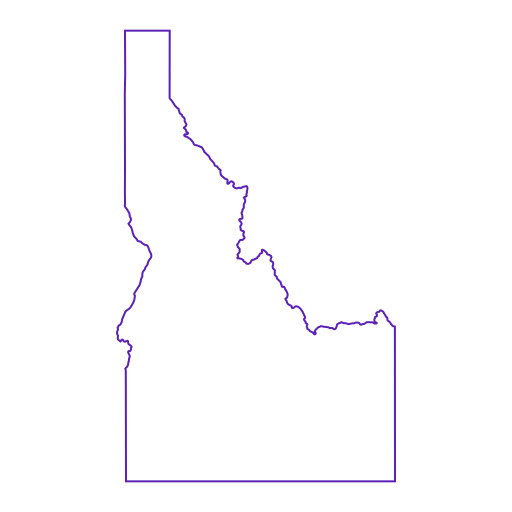 Idaho, Mercator projection
{"feature_id": "USA-3518", "entity_name": "Idaho", "entity_type": "State", "adm_level": 1, "iso_a3": "USA", "parent_name": "United States of America", "parent_adm1": "", "projection": "mercator", "projection_center": [-114.383, 45.496], "detail": "fine", "context": "isolated", "style": "outline", "palette": "violet", "viewbox_px": 512, "rotation_deg": 0, "n_neighbors": 0, "source": "natural_earth", "source_scale": "10m", "svg_char_len": 6120}
<svg xmlns="http://www.w3.org/2000/svg" viewBox="0 0 512 512"><path d="M125.0,30.7L169.7,30.7L169.6,98.0L170.2,99.1L171.2,100.0L172.5,101.7L174.7,105.3L176.9,107.7L178.4,108.7L178.8,109.7L179.7,112.9L179.9,113.3L180.2,113.7L181.8,114.7L182.4,116.3L182.6,116.6L183.9,117.5L184.5,118.4L184.7,119.3L184.6,121.0L184.8,121.5L186.0,123.5L186.4,124.8L185.8,126.1L184.1,127.5L183.9,127.7L183.9,128.0L185.7,129.6L186.1,130.3L186.3,131.8L187.9,132.7L188.1,133.1L187.8,133.8L187.2,134.1L184.7,134.4L184.2,135.0L184.2,135.3L184.3,135.6L184.6,136.0L185.3,136.4L187.1,136.9L190.5,139.2L192.3,141.3L193.1,142.4L193.9,144.2L194.5,144.8L195.2,145.1L197.4,145.5L201.5,147.2L201.9,147.4L202.7,148.7L203.8,150.6L204.3,152.0L205.4,152.8L206.5,154.1L208.2,155.5L209.5,157.3L210.1,158.8L214.2,163.4L214.6,165.2L215.1,165.7L217.0,166.4L218.8,168.8L220.6,170.1L220.6,170.4L220.4,171.9L220.5,173.1L220.8,174.5L221.2,175.4L221.9,176.1L223.2,177.0L224.9,178.6L226.9,179.4L227.4,179.8L227.6,180.7L227.3,183.1L227.7,183.7L228.1,183.8L228.8,183.5L229.8,182.3L230.8,181.5L231.4,181.3L232.1,181.5L233.2,182.4L233.9,183.4L234.0,183.9L233.9,184.3L233.2,185.4L233.1,185.8L233.3,186.4L234.1,187.2L235.2,188.0L236.4,188.4L237.7,188.2L239.1,187.7L240.1,188.1L240.8,188.1L242.7,187.0L245.8,186.2L246.5,186.2L247.1,186.6L247.4,187.5L247.4,189.1L246.8,191.3L247.0,192.3L246.9,192.7L246.5,193.6L246.3,194.3L246.7,195.5L246.6,195.8L246.3,196.3L244.2,197.3L243.9,197.8L245.2,199.7L245.2,200.9L245.1,201.7L244.0,204.0L243.8,204.7L243.7,205.5L243.8,207.1L243.7,207.9L242.6,209.6L242.4,210.3L242.3,211.4L241.5,212.9L242.2,215.1L242.5,217.3L242.5,218.0L242.1,218.6L241.8,218.7L239.7,219.1L239.4,219.4L239.3,220.0L239.6,220.8L241.3,222.7L241.6,223.4L241.5,224.4L240.4,226.1L240.2,226.8L240.4,227.7L240.7,228.4L240.8,228.8L240.6,229.6L240.8,230.0L241.2,230.4L243.8,231.4L244.0,232.2L243.3,233.9L243.3,235.0L243.5,235.6L244.4,237.2L244.5,237.7L244.3,238.3L242.9,239.6L242.3,239.9L240.4,240.0L239.7,240.5L238.1,243.5L237.2,244.5L237.2,245.3L237.6,245.9L237.9,247.1L239.4,248.6L239.7,249.1L239.7,249.5L239.5,250.2L239.7,251.1L239.5,252.2L238.7,253.2L237.6,254.3L237.5,254.6L237.6,255.0L238.1,256.3L238.0,257.0L237.4,257.8L237.4,258.1L237.6,258.3L239.1,258.4L241.7,259.0L243.2,260.1L243.4,260.5L243.6,261.2L243.9,261.5L245.9,262.7L246.3,263.4L246.6,263.7L248.1,263.9L248.6,263.8L250.5,262.7L251.3,260.7L252.0,260.0L252.6,259.8L253.7,259.8L255.0,259.0L257.1,258.0L257.7,256.8L258.9,255.9L259.8,254.0L260.3,253.6L262.1,252.8L262.1,252.2L261.9,251.1L261.9,250.4L262.0,249.9L262.5,249.7L263.9,250.3L266.7,252.6L266.9,253.2L267.0,253.9L267.3,254.2L270.1,255.4L270.9,255.8L271.2,256.3L271.5,257.0L271.5,257.3L270.9,258.5L270.7,259.3L270.5,260.5L270.7,260.9L271.1,261.2L272.5,261.8L272.9,262.3L273.1,262.7L273.2,264.2L273.1,265.0L272.7,266.0L272.6,266.7L272.9,268.1L273.1,268.5L274.3,269.6L274.9,270.4L274.7,274.0L274.8,275.0L276.8,277.0L277.0,278.4L277.2,278.7L280.3,281.8L280.7,282.6L281.0,284.0L281.6,285.1L281.8,286.5L282.4,286.9L283.9,286.8L284.3,287.0L284.6,287.5L285.0,288.9L286.4,291.0L287.4,293.4L287.7,294.8L287.2,297.1L286.7,297.9L285.6,298.5L285.4,299.0L286.6,301.1L287.5,303.5L288.5,304.5L290.6,305.5L291.6,306.2L291.8,307.6L292.0,307.9L292.5,308.0L293.7,307.8L295.2,306.5L295.8,306.3L296.6,306.3L297.6,306.6L298.8,307.2L300.7,309.0L301.5,310.3L302.5,311.5L303.0,313.0L303.7,314.0L304.1,315.2L305.0,316.9L305.1,317.8L304.1,319.0L304.0,319.6L304.2,320.1L305.4,321.5L305.6,322.1L305.6,322.8L305.8,323.2L306.9,323.8L307.2,324.2L307.4,324.5L306.7,326.6L307.2,327.7L307.3,328.7L307.5,329.0L309.0,329.8L310.2,331.3L312.8,332.4L314.1,334.1L314.4,334.3L314.8,334.3L315.5,333.9L315.7,333.6L315.7,333.2L314.8,331.6L314.8,331.2L315.1,330.6L315.4,330.0L318.3,327.2L319.6,326.9L320.6,326.2L321.5,326.2L323.0,326.6L328.5,327.3L329.5,328.0L331.6,327.9L332.5,328.1L333.7,329.1L334.6,329.1L335.3,328.9L335.9,328.3L336.7,326.2L337.0,324.7L337.4,324.2L338.1,323.6L340.3,322.9L341.2,322.2L341.6,322.2L342.3,322.5L343.3,323.1L345.6,323.2L348.5,324.1L352.8,323.3L353.5,323.4L354.3,323.2L355.4,322.7L356.1,322.5L358.0,322.6L359.2,323.1L359.5,323.4L360.2,324.4L360.8,324.7L361.2,324.7L362.5,324.1L364.2,323.9L366.5,322.3L367.1,322.2L372.0,322.3L372.6,322.4L374.8,323.6L376.5,323.4L376.7,323.2L376.6,322.7L375.0,322.0L374.7,321.6L374.5,321.2L374.3,319.8L374.5,319.1L374.9,318.1L374.9,317.4L375.3,316.9L376.5,316.4L376.9,316.0L376.9,314.9L376.2,313.5L376.4,312.9L377.4,312.1L379.3,311.7L380.3,310.4L381.3,310.5L383.3,311.8L383.8,312.9L385.6,315.8L385.9,316.6L387.2,317.6L387.3,318.1L387.4,319.6L387.7,320.5L389.5,321.8L390.1,322.5L390.9,323.9L392.2,325.5L392.9,326.1L394.9,326.6L395.0,481.3L126.0,481.3L125.8,371.4L125.7,370.1L125.3,368.7L126.0,367.7L127.0,366.9L127.5,366.0L128.1,364.6L128.2,363.1L128.8,361.1L129.1,358.5L129.7,356.9L129.7,356.2L129.4,354.9L128.2,352.7L128.2,351.7L128.6,351.1L129.8,351.1L130.3,350.8L130.7,350.2L130.9,349.5L131.0,348.0L131.6,346.9L131.4,346.3L130.5,345.4L128.7,344.3L128.5,343.9L128.2,343.1L128.1,341.7L128.0,341.1L127.4,340.9L124.8,341.7L123.8,341.4L122.9,339.8L122.3,339.6L121.7,339.8L120.4,341.4L118.7,340.1L118.0,339.3L117.7,338.1L118.0,336.0L117.8,335.2L117.2,333.9L117.0,333.1L117.2,331.7L118.0,329.3L117.6,327.6L118.5,326.4L118.6,325.6L119.0,325.3L120.0,324.9L120.6,324.2L121.2,323.1L121.7,321.9L122.1,319.4L122.6,318.1L123.7,315.8L125.0,312.6L125.4,311.7L126.3,310.7L129.0,308.9L129.8,308.1L130.5,307.3L132.9,303.3L133.9,301.1L134.3,299.9L134.8,296.9L134.9,295.6L134.3,294.5L134.2,293.8L134.4,293.2L139.5,285.1L140.4,282.6L141.2,278.7L142.3,276.6L142.4,273.9L142.6,272.5L143.2,271.4L144.7,269.5L145.4,267.4L147.5,264.6L147.9,262.6L148.8,260.5L150.3,258.5L151.0,257.5L151.3,256.3L151.3,254.9L150.9,253.6L149.3,250.4L148.5,247.8L147.9,246.5L147.4,245.8L146.7,245.2L144.8,244.8L142.2,243.2L140.8,241.7L137.6,240.9L136.7,239.1L134.0,236.3L132.7,232.6L132.3,230.6L131.2,227.4L128.8,224.3L128.5,223.6L129.9,222.1L130.4,221.2L130.9,219.9L130.9,218.5L129.9,216.7L129.4,213.6L128.7,212.2L127.2,209.6L125.1,206.8L124.8,205.8L124.9,204.6L125.0,202.8L124.9,191.1L125.0,168.9L124.8,94.5L125.2,74.0L125.0,30.7Z" fill="none" stroke="#5b21b6" stroke-width="2"/></svg>